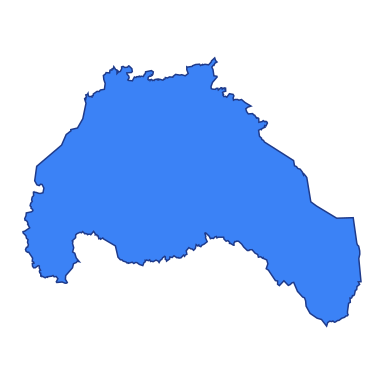 Castlebar Lea-7, Mayo, Ireland, rotated 270°
{"feature_id": "5873133B79217415432935", "entity_name": "Castlebar Lea-7", "entity_type": "district", "adm_level": 2, "iso_a3": "IRL", "parent_name": "Ireland", "parent_adm1": "Mayo", "projection": "robinson", "projection_center": [-9.299, 53.81], "detail": "fine", "context": "isolated", "style": "filled", "palette": "blue", "viewbox_px": 384, "rotation_deg": 270, "n_neighbors": 0, "source": "geoboundaries", "source_scale": "gbopen_adm2", "svg_char_len": 5988}
<svg xmlns="http://www.w3.org/2000/svg" viewBox="0 0 384 384"><g transform="rotate(270 192 192)"><path d="M101.5,67.3L104.7,65.4L108.4,65.7L116.2,72.5L120.3,73.5L121.6,76.5L122.8,77.2L122.3,79.3L126.1,76.2L130.7,74.8L132.1,72.6L136.3,73.7L140.6,72.5L142.3,72.9L143.1,72.2L146.3,75.6L149.1,75.7L150.3,76.9L151.7,80.0L151.2,81.5L152.4,82.6L150.2,84.9L150.5,85.2L150.2,86.9L149.3,87.5L149.8,88.7L149.8,90.3L149.3,90.8L152.6,93.6L150.2,95.3L149.1,95.2L149.4,96.7L148.2,97.2L148.1,98.1L145.2,98.8L145.6,100.3L144.8,100.6L146.0,102.8L145.1,103.5L138.1,115.4L126.8,118.0L124.2,120.4L124.2,121.8L122.9,123.2L122.1,125.9L121.1,126.9L121.3,128.1L120.7,128.3L121.8,132.2L120.5,133.8L121.5,135.5L121.4,137.0L119.6,139.3L118.4,142.8L121.4,144.0L122.2,145.2L123.7,145.2L123.4,146.0L124.0,146.7L123.3,148.3L124.2,149.7L122.5,150.5L122.8,151.7L122.3,153.1L123.9,156.0L122.9,158.2L121.5,159.1L123.9,160.4L124.5,161.7L126.2,162.6L127.7,164.7L127.2,165.3L124.6,165.3L124.0,166.5L122.9,166.6L125.0,169.6L127.0,169.9L126.5,172.2L128.2,174.0L126.2,177.0L126.5,178.2L125.9,178.9L126.2,181.0L128.9,183.5L127.7,184.6L128.9,185.1L129.7,186.9L133.2,186.2L136.4,188.9L135.2,190.7L135.0,192.2L133.7,193.6L135.5,195.3L139.4,196.2L138.1,197.7L139.0,198.8L138.1,199.0L137.3,200.8L138.8,201.9L139.9,204.2L142.3,207.2L146.2,205.5L147.6,205.8L150.8,204.9L151.1,205.7L147.7,209.3L145.3,210.4L145.8,211.9L145.5,213.4L147.1,215.0L147.5,216.4L146.1,216.9L146.8,218.4L146.8,223.6L144.9,224.0L142.8,226.1L143.4,227.9L141.6,229.7L140.6,229.5L140.4,230.8L138.8,233.4L138.8,234.0L140.8,233.9L142.5,234.9L142.3,235.7L142.9,236.8L142.7,238.6L139.9,241.7L137.0,243.7L133.5,247.3L133.5,249.0L134.2,249.6L134.3,252.1L130.9,255.0L129.5,257.7L126.8,258.4L127.3,260.7L125.8,262.5L126.3,263.1L125.6,263.3L124.1,266.7L120.2,267.9L115.3,266.2L113.9,268.4L103.4,275.4L103.0,277.6L99.7,277.6L98.4,279.4L103.2,283.9L98.6,288.3L99.4,290.1L101.3,292.2L101.6,293.7L92.6,297.5L87.0,302.6L86.2,304.5L83.2,305.6L77.8,306.1L70.6,310.1L65.8,317.1L64.5,321.5L57.9,326.6L61.4,327.7L62.8,329.7L62.4,331.7L63.0,332.9L61.8,334.4L62.0,335.4L63.5,337.6L63.6,338.9L65.8,341.9L66.7,344.6L67.9,345.8L68.3,347.5L69.1,348.0L68.8,348.3L70.6,347.5L72.6,347.5L80.7,348.6L81.7,350.3L85.9,350.0L85.7,350.9L86.3,351.8L88.4,352.5L88.3,353.5L89.2,354.4L93.5,355.3L94.4,356.7L97.5,357.0L99.6,359.6L102.2,358.3L102.3,361.0L125.5,358.8L129.8,359.8L133.1,359.7L137.8,358.7L139.1,357.4L140.9,356.8L166.3,353.2L165.8,336.7L178.0,316.5L182.2,310.8L206.4,306.8L208.1,305.6L210.1,303.9L209.1,303.5L212.0,302.3L214.8,300.2L215.6,297.7L217.4,296.5L218.2,294.5L223.4,293.6L242.0,264.4L243.6,263.5L244.5,261.8L245.9,261.5L247.7,259.5L253.7,258.6L254.7,260.4L254.3,261.4L255.3,261.8L256.8,265.0L257.5,264.4L258.5,264.7L258.1,266.0L260.9,267.4L261.8,267.1L262.7,265.9L262.2,265.0L263.4,263.2L262.5,262.3L261.7,258.9L265.5,258.7L265.9,258.3L265.9,256.7L266.4,256.8L266.6,256.1L268.9,254.6L269.1,253.7L270.4,252.6L270.1,248.3L272.5,246.6L275.2,245.8L276.9,247.9L277.9,251.0L281.5,245.0L284.5,241.5L283.8,238.9L284.5,237.7L284.5,234.8L283.8,233.5L286.0,233.1L288.1,233.9L289.6,233.1L290.3,229.4L286.8,226.8L287.7,225.5L287.4,223.9L289.0,222.9L289.5,223.5L291.4,222.5L292.1,223.2L292.8,225.7L295.3,225.6L295.0,225.1L296.0,225.1L296.1,224.2L294.9,222.2L296.2,221.9L296.3,221.0L294.0,218.3L295.7,217.8L295.6,216.3L294.7,215.4L294.8,212.7L295.4,211.3L297.4,211.0L301.6,212.5L307.0,217.1L307.7,216.9L308.2,213.9L314.4,213.0L316.9,211.8L318.9,213.5L318.7,214.0L320.7,214.8L322.0,217.0L323.4,215.6L326.1,214.7L323.1,211.5L321.9,211.1L319.2,208.6L319.7,205.0L319.1,202.5L319.5,202.4L318.5,200.5L319.8,199.6L319.5,195.7L318.3,192.6L317.6,192.1L316.9,187.4L317.2,186.8L314.2,186.8L310.5,188.2L308.2,185.2L309.3,181.7L308.9,179.9L309.6,175.6L307.5,173.0L306.8,172.8L307.1,169.5L306.0,167.4L306.5,165.3L305.1,164.9L304.6,164.0L304.8,163.7L303.8,162.9L304.8,159.7L304.0,158.8L304.1,157.9L304.7,158.0L304.4,157.4L304.9,157.3L304.5,154.9L303.5,154.1L303.9,153.0L303.5,152.6L304.3,151.6L303.7,151.5L304.2,151.4L304.3,150.5L303.8,150.2L304.3,150.1L304.0,148.6L304.5,148.0L306.7,148.2L307.9,149.6L307.7,150.6L308.6,152.0L309.0,151.8L308.8,152.3L309.8,152.9L312.1,153.3L313.4,151.4L312.2,145.6L310.3,145.3L309.7,144.4L307.5,143.4L307.8,141.0L307.2,140.1L307.9,139.2L307.3,138.7L307.3,136.7L306.5,136.0L307.0,134.4L303.2,132.4L303.6,128.4L304.1,127.8L306.1,129.1L307.9,128.8L309.8,127.1L311.1,126.8L311.5,131.4L312.4,132.3L315.3,131.9L318.0,129.1L318.1,128.6L316.8,127.5L316.5,124.8L317.6,123.1L317.1,121.6L315.3,121.7L312.6,120.3L312.2,119.2L312.7,118.5L312.0,118.5L310.4,117.0L314.0,117.0L314.4,115.7L317.3,113.8L315.2,113.2L315.2,112.1L313.9,111.8L314.1,110.6L313.8,110.0L311.1,109.6L311.4,106.1L309.9,105.3L308.5,103.4L304.6,103.8L300.5,105.2L294.7,104.4L294.0,100.4L292.5,99.2L292.6,97.0L290.0,93.3L288.4,93.2L288.2,92.1L287.0,92.0L287.6,90.1L287.4,89.3L288.2,88.3L290.6,88.0L289.7,87.5L289.1,85.8L287.0,86.4L285.3,84.6L284.2,84.9L285.0,85.7L282.9,85.3L280.7,86.0L265.3,82.8L256.0,77.5L254.4,70.8L253.1,70.9L249.5,66.2L238.9,61.6L217.7,36.7L203.2,34.7L199.2,36.9L198.4,39.2L199.8,40.6L199.5,42.1L195.9,43.9L191.3,43.0L190.6,40.7L190.6,39.0L191.7,35.8L191.6,34.0L192.1,33.9L191.8,33.4L188.4,33.6L186.9,32.2L184.0,31.6L182.7,32.3L180.7,30.7L178.2,30.1L177.2,31.2L175.8,31.0L174.6,32.6L173.3,32.9L172.2,31.5L171.1,26.3L168.3,26.0L165.3,24.7L163.7,25.1L163.7,25.9L162.4,27.3L159.9,28.1L159.7,27.7L156.2,29.7L152.7,24.5L152.4,23.0L151.1,23.1L148.3,25.9L145.7,26.5L144.4,28.0L141.7,27.5L139.2,28.4L136.9,27.6L136.7,26.5L134.5,25.5L132.7,26.1L131.7,27.7L131.8,28.7L125.9,32.6L122.8,32.2L121.8,33.7L120.7,33.9L120.5,32.3L117.9,32.5L116.2,33.6L116.2,35.2L118.4,38.2L118.0,39.3L115.8,39.3L113.8,40.5L113.5,39.6L112.6,39.4L111.1,39.8L110.8,40.7L108.0,40.8L108.2,41.5L107.4,41.8L107.5,42.7L106.2,45.2L107.0,46.4L106.7,47.5L107.3,47.6L107.8,51.7L108.5,53.0L107.2,54.1L107.5,56.2L105.3,57.9L102.2,56.3L101.5,56.8L102.0,62.2L100.8,65.1L100.9,66.7L101.5,67.3Z" fill="#3b82f6" stroke="#1e3a8a" stroke-width="1.5"/></g></svg>